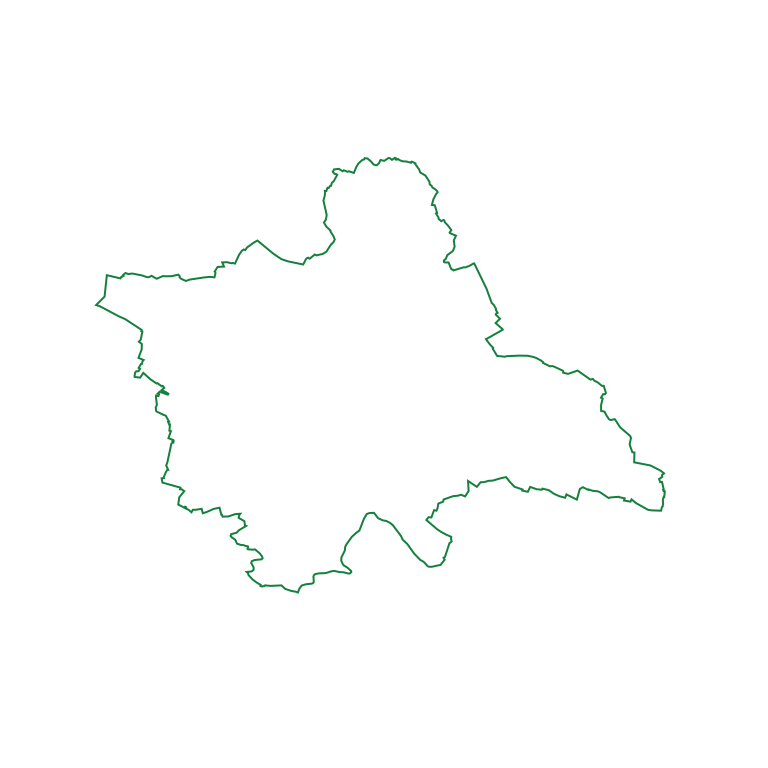 Samko, Ang Thong, Thailand (Equal Earth projection), rotated 282°
{"feature_id": "78962969B27943810698325", "entity_name": "Samko", "entity_type": "district", "adm_level": 2, "iso_a3": "THA", "parent_name": "Thailand", "parent_adm1": "Ang Thong", "projection": "equal_earth", "projection_center": [100.248, 14.6], "detail": "fine", "context": "isolated", "style": "outline", "palette": "green", "viewbox_px": 768, "rotation_deg": 282, "n_neighbors": 0, "source": "geoboundaries", "source_scale": "gbopen_adm2", "svg_char_len": 6162}
<svg xmlns="http://www.w3.org/2000/svg" viewBox="0 0 768 768"><g transform="rotate(282 384 384)"><path d="M339.0,137.8L339.5,144.1L344.8,146.3L340.1,154.4L338.2,159.0L337.2,161.5L337.7,162.2L335.5,167.2L336.1,167.9L334.5,169.9L331.7,167.7L330.8,172.0L329.7,175.1L328.6,174.8L329.8,166.1L327.6,164.7L327.4,166.1L325.3,165.9L325.4,163.5L323.8,163.6L316.4,166.2L313.6,165.6L310.3,166.7L309.7,167.6L307.9,175.0L307.7,177.0L302.5,181.6L302.1,180.7L299.4,182.5L299.7,183.1L293.7,183.8L293.6,185.4L286.2,184.4L285.4,189.3L284.4,189.0L284.3,190.2L282.8,190.1L282.6,189.2L281.4,188.4L262.5,188.4L259.0,187.9L255.2,190.7L255.1,189.9L252.3,188.9L246.9,187.9L246.2,188.2L245.5,186.1L241.5,187.8L240.3,206.4L238.6,206.4L238.9,208.1L237.7,210.9L230.6,207.3L223.3,207.8L221.5,214.4L222.6,214.9L222.3,216.1L221.1,215.7L220.4,218.8L218.5,222.4L221.2,223.2L221.9,226.2L224.0,231.6L219.9,233.7L222.0,237.3L226.4,243.3L228.8,248.8L222.3,252.1L222.4,252.7L220.7,253.7L222.1,259.3L225.9,265.8L227.2,270.4L225.5,269.6L222.8,269.7L220.8,276.0L216.7,277.4L216.5,278.6L210.7,272.4L207.9,270.8L205.3,265.7L203.6,265.5L202.3,267.0L200.8,270.8L197.3,273.4L196.8,277.5L197.2,280.1L196.8,282.2L196.9,284.6L196.1,285.1L194.4,284.7L194.0,285.3L194.6,289.6L195.4,292.3L192.6,297.4L190.0,300.6L188.4,301.5L187.1,300.8L184.9,294.0L183.2,291.5L181.3,291.3L177.5,294.6L175.2,295.1L173.2,293.6L171.6,288.8L170.6,290.4L168.9,291.2L165.4,296.2L163.6,300.1L161.7,305.3L160.7,305.2L160.5,306.6L161.7,309.2L162.3,309.5L162.9,314.9L165.7,325.6L163.0,330.1L162.3,336.6L162.5,341.0L162.1,343.1L166.3,343.8L169.7,345.3L171.9,349.3L173.8,355.1L174.9,356.3L176.1,356.4L181.1,355.0L182.6,355.3L183.9,356.5L185.2,359.6L186.9,366.2L190.3,372.4L190.8,374.1L190.8,379.9L191.4,383.1L191.2,388.9L191.7,390.2L193.3,391.1L194.3,390.7L196.7,386.5L198.1,382.6L199.4,381.0L202.3,378.9L205.5,378.4L212.9,380.3L216.8,379.9L219.0,380.5L227.6,384.2L232.6,387.7L235.5,390.4L248.0,392.4L253.3,394.2L254.8,396.7L255.9,401.0L251.5,406.2L250.4,411.1L250.5,414.8L249.4,418.8L248.0,421.7L239.0,432.1L235.6,434.7L232.4,440.0L224.5,448.6L219.5,456.0L218.2,460.0L215.0,464.4L214.6,465.9L215.1,468.7L218.8,476.9L224.8,479.9L226.3,478.4L227.7,479.6L241.9,481.1L244.0,482.9L246.7,481.7L248.5,481.5L249.6,476.0L251.5,469.8L253.2,465.7L259.8,453.7L263.0,455.3L263.3,458.1L271.0,459.2L271.0,461.7L273.7,462.2L278.3,462.0L281.3,466.4L283.4,466.3L288.6,474.8L290.2,479.7L291.7,482.4L290.9,486.7L296.9,489.0L306.6,486.4L302.7,496.2L308.0,498.9L308.8,502.3L310.9,506.1L312.2,510.6L316.2,518.0L318.3,522.8L314.6,527.2L310.6,533.0L309.6,541.5L308.5,541.4L308.5,547.1L313.7,548.4L312.8,555.4L313.4,560.3L314.6,560.7L314.4,567.2L311.9,573.2L310.7,578.8L310.4,584.8L313.9,585.4L311.0,596.7L322.1,597.4L324.4,600.0L322.9,605.6L323.4,605.8L322.9,610.6L323.5,615.4L323.0,618.0L319.2,627.4L320.2,629.3L322.5,637.2L322.2,637.6L322.2,643.2L319.9,643.0L320.2,649.6L322.6,650.1L319.9,655.3L315.9,668.2L316.0,671.8L317.7,681.4L321.3,681.4L321.9,682.0L324.9,681.9L328.7,680.8L331.3,680.9L331.9,681.1L331.8,681.6L337.3,681.0L337.3,679.7L338.5,679.1L338.7,679.7L346.0,676.3L345.4,674.6L348.2,672.8L351.1,675.5L352.7,674.8L354.8,676.5L356.8,672.4L359.7,661.5L359.4,645.0L369.1,643.2L368.9,641.1L375.1,637.3L376.4,636.8L382.7,636.8L384.4,635.5L390.7,624.0L397.5,617.2L397.5,616.7L395.9,613.4L396.2,611.6L399.0,608.6L402.8,605.4L402.8,602.0L408.6,600.7L415.2,600.9L415.7,599.1L419.7,600.5L419.9,602.3L421.5,602.9L427.9,599.3L427.5,597.5L430.1,592.6L430.9,589.2L432.4,587.2L431.2,585.0L437.4,570.6L432.2,562.0L432.3,556.9L433.8,556.7L434.2,556.2L436.5,546.1L436.5,544.8L435.8,542.5L437.7,535.2L438.5,535.1L439.9,531.8L441.2,527.0L441.5,523.7L441.5,518.7L439.9,510.5L436.8,498.5L435.8,496.4L435.0,488.8L441.1,483.1L442.1,483.3L444.2,480.0L449.0,474.4L461.8,488.9L462.2,488.7L466.8,480.5L472.0,483.9L475.1,478.9L476.2,479.1L477.3,480.3L479.9,477.9L480.8,478.0L484.2,474.9L485.7,472.5L498.6,464.4L520.7,447.2L520.5,446.5L517.6,443.3L515.0,439.5L514.7,437.6L509.5,428.2L510.2,427.5L510.2,426.4L510.9,425.5L516.3,421.9L515.6,418.7L515.8,417.3L517.2,416.9L519.1,418.3L523.3,419.2L528.2,423.5L529.5,424.0L533.1,424.5L539.0,422.4L544.0,423.6L545.3,417.0L545.9,416.7L548.5,417.9L552.3,413.6L555.0,409.7L556.6,409.0L556.7,408.0L555.2,406.1L556.8,403.2L558.3,402.6L561.6,399.4L562.3,400.4L569.4,396.5L569.1,393.6L575.0,393.9L580.8,395.5L582.6,396.6L583.4,396.2L584.7,394.5L586.4,390.4L587.7,389.4L588.8,387.2L591.4,386.3L596.5,381.2L598.4,375.5L601.3,373.6L605.5,369.0L606.4,368.9L607.3,365.0L607.1,364.5L606.0,364.3L606.3,359.8L605.7,355.6L606.2,352.7L607.0,351.0L606.1,349.9L606.0,348.8L607.2,348.8L607.5,347.7L604.9,345.2L606.0,343.0L606.1,341.5L602.3,337.8L602.4,334.0L599.0,333.2L596.5,331.5L596.3,330.5L596.6,328.0L598.9,325.2L601.1,321.0L600.9,318.2L599.6,317.9L598.6,316.2L594.5,313.2L590.5,311.8L584.2,310.6L584.8,305.3L584.0,304.3L584.7,300.3L583.5,299.2L585.1,295.1L583.5,290.5L580.9,289.8L579.3,292.0L579.3,293.9L578.9,294.8L571.8,292.6L570.0,291.2L566.9,291.0L566.6,290.1L564.3,289.2L564.2,287.9L560.8,287.5L560.6,286.0L558.4,286.7L555.3,286.9L550.9,286.6L537.4,292.8L532.9,293.0L529.4,291.7L525.8,295.0L523.0,299.8L522.1,299.9L518.0,303.9L515.1,305.8L512.1,305.0L509.3,303.1L501.6,300.2L498.5,297.1L495.8,291.2L496.3,289.4L491.1,285.2L491.8,283.5L491.0,282.4L490.2,281.8L484.1,280.1L484.0,264.6L484.8,257.7L488.4,248.8L498.0,230.4L495.0,227.0L489.1,221.7L486.2,220.5L486.4,218.8L485.0,217.4L480.4,215.4L470.8,213.2L470.9,210.9L470.4,209.7L470.5,205.1L469.3,200.5L465.6,203.1L463.9,196.9L458.8,195.0L458.4,195.7L457.4,196.1L453.1,196.0L452.6,191.4L450.8,185.8L445.8,172.4L443.6,168.7L444.7,163.8L445.7,162.0L446.8,161.9L448.2,160.1L445.3,153.8L443.6,146.4L443.8,145.6L439.7,139.7L441.5,134.1L439.9,132.2L439.2,130.6L439.9,124.3L439.7,114.8L438.4,111.0L438.8,108.0L436.1,106.0L435.5,106.7L433.7,104.5L432.5,104.3L432.8,90.3L411.4,92.5L401.4,86.0L400.9,90.2L395.0,110.8L393.7,117.2L386.5,135.7L385.3,135.6L385.1,136.8L376.7,136.8L374.4,135.5L372.8,138.8L367.4,139.8L358.5,138.4L357.5,143.9L356.1,143.1L353.3,143.0L353.0,142.1L348.7,140.7L348.2,142.2L345.5,141.3L344.9,139.0L343.3,138.2L339.3,138.4L339.0,137.8Z" fill="none" stroke="#15803d" stroke-width="2"/></g></svg>